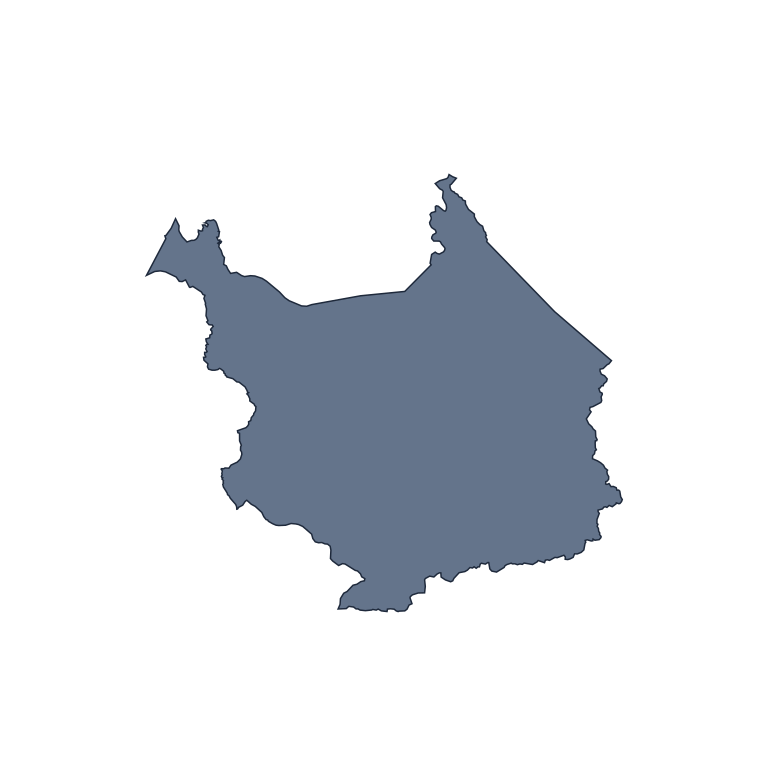 Thma Bang, Kaôh Kong, Cambodia, rotated 126°
{"feature_id": "14789045B69195148792463", "entity_name": "Thma Bang", "entity_type": "district", "adm_level": 2, "iso_a3": "KHM", "parent_name": "Cambodia", "parent_adm1": "Kaôh Kong", "projection": "robinson", "projection_center": [103.537, 11.691], "detail": "fine", "context": "isolated", "style": "filled", "palette": "slate", "viewbox_px": 768, "rotation_deg": 126, "n_neighbors": 0, "source": "geoboundaries", "source_scale": "gbopen_adm2", "svg_char_len": 6171}
<svg xmlns="http://www.w3.org/2000/svg" viewBox="0 0 768 768"><g transform="rotate(126 384 384)"><path d="M593.0,288.9L587.9,282.5L584.6,281.8L582.3,277.5L582.4,274.4L581.2,272.8L581.0,270.5L578.3,265.8L574.1,261.1L573.0,260.6L571.5,257.4L569.5,256.4L569.1,252.8L566.3,247.8L564.1,248.9L562.1,246.7L560.2,243.4L560.4,240.8L559.8,238.8L558.9,238.3L555.3,233.8L552.6,233.0L548.1,233.8L545.3,232.2L541.7,237.3L540.6,237.7L537.9,237.1L533.0,233.5L529.1,228.4L523.5,231.6L518.5,236.1L517.0,236.2L512.6,234.1L510.8,230.2L506.4,229.3L504.1,228.1L503.4,227.0L506.6,224.3L506.4,219.1L504.8,213.8L502.8,212.7L500.2,213.2L492.5,212.3L488.2,208.3L485.5,207.1L482.0,206.6L480.8,204.2L478.9,203.7L478.9,201.1L476.7,200.5L475.8,199.3L473.1,200.3L471.8,199.9L470.1,196.1L467.3,195.0L466.9,194.3L471.4,189.7L472.0,186.8L470.0,182.4L461.8,179.0L460.0,179.3L457.9,178.5L454.2,175.8L454.1,174.5L452.5,172.4L451.8,169.9L449.7,168.3L448.6,166.1L446.5,165.4L442.7,157.7L438.0,155.6L436.2,155.5L434.2,149.1L431.7,149.9L430.2,148.5L429.4,146.4L423.8,143.8L422.7,141.8L416.8,137.8L417.3,135.7L419.3,134.4L418.0,132.1L416.2,130.7L413.1,129.1L409.4,130.0L407.8,127.7L404.3,125.5L400.8,124.8L394.7,127.7L393.5,127.7L392.3,129.3L390.6,128.0L389.2,124.1L388.1,122.9L386.6,123.7L386.4,121.5L383.4,118.4L380.8,118.2L379.7,118.8L379.1,121.1L377.7,121.9L377.0,123.7L374.8,125.7L373.9,127.9L371.7,128.5L371.7,129.7L368.5,132.0L362.1,133.8L361.4,135.8L360.2,136.7L356.6,133.8L354.5,133.8L353.2,132.8L352.8,131.1L349.9,130.5L349.1,127.2L344.4,125.8L343.6,126.2L342.8,123.6L342.0,122.9L339.6,122.7L337.4,123.3L336.2,126.1L332.1,130.3L331.9,131.8L333.0,133.1L331.4,135.2L332.1,138.3L333.6,140.0L332.3,143.4L334.2,144.6L334.6,145.9L332.6,147.2L331.2,146.3L329.0,146.3L326.8,147.8L325.8,150.2L323.8,152.3L322.3,152.5L322.1,155.9L320.7,158.7L320.4,162.4L320.7,166.1L321.9,171.4L319.3,173.1L316.7,172.7L314.1,174.0L312.4,173.5L311.4,175.5L307.9,178.3L305.8,179.6L304.8,178.6L303.7,178.9L302.3,181.6L297.7,185.3L297.4,188.5L296.4,190.7L295.9,195.0L293.3,199.8L284.8,200.1L284.1,202.5L281.8,203.6L279.5,201.7L271.4,197.7L269.5,198.1L266.8,200.8L264.1,201.3L263.2,202.1L263.5,204.6L261.4,207.6L260.3,206.9L257.6,206.9L256.6,205.6L254.8,206.3L251.1,205.5L248.7,206.4L247.7,210.4L248.3,214.0L246.5,216.9L245.0,217.9L242.7,215.8L237.1,214.8L235.5,213.9L231.4,213.7L225.2,288.5L208.5,384.6L206.5,385.4L205.3,388.3L203.5,388.5L203.2,389.6L201.9,390.7L201.3,393.3L198.4,397.0L198.7,400.2L198.0,404.2L195.6,409.2L193.4,410.8L193.1,418.3L190.5,423.8L188.1,425.8L188.8,428.4L187.7,430.6L188.5,433.4L187.3,435.9L187.9,438.9L187.3,440.5L187.9,441.4L187.7,443.8L186.1,446.2L184.1,447.6L182.8,447.0L175.0,446.4L176.0,450.4L176.3,454.5L179.3,453.6L181.0,454.0L186.9,458.5L191.7,460.4L193.3,453.8L192.9,450.6L193.4,449.3L198.9,446.1L202.4,439.1L204.6,437.0L207.2,435.9L208.3,436.1L208.7,437.8L208.3,444.6L209.1,446.4L210.3,446.7L214.2,443.7L217.5,446.3L219.8,446.4L221.4,443.8L222.9,442.7L226.6,442.0L227.9,440.6L229.4,437.5L229.3,432.9L230.5,431.0L231.7,430.8L234.5,432.1L237.1,431.7L238.3,430.9L239.1,427.8L236.0,423.4L235.8,421.9L236.9,419.8L238.0,415.2L238.6,414.2L240.1,413.6L242.1,413.5L246.4,415.6L247.2,417.9L247.2,420.1L251.2,421.6L259.2,417.7L259.9,415.9L296.9,421.6L326.4,454.8L362.2,489.1L366.5,492.2L369.3,496.6L372.4,509.7L372.5,514.9L371.0,522.7L370.6,528.8L369.9,539.6L370.2,544.7L372.5,551.9L374.8,555.6L379.1,560.0L380.0,563.0L380.3,568.9L384.7,573.1L383.0,577.7L381.1,581.0L381.5,584.0L375.5,587.4L374.7,590.2L371.7,594.3L370.1,598.3L368.0,599.3L367.8,601.2L366.2,600.7L366.7,600.2L366.3,599.0L364.4,599.1L364.2,599.4L365.1,600.1L363.9,601.5L364.9,601.8L365.2,602.6L363.6,605.5L362.1,604.3L357.4,606.7L357.9,607.8L356.7,608.0L352.5,613.8L351.4,615.9L351.3,618.3L353.8,620.4L354.8,622.4L357.0,623.5L358.1,623.0L358.9,623.6L358.2,621.8L358.5,619.8L360.5,619.4L360.9,620.1L360.5,622.3L362.1,624.3L363.5,622.1L365.7,621.7L366.6,620.9L367.9,621.9L368.7,624.6L370.3,623.5L371.5,621.8L375.4,620.9L377.6,621.2L379.4,622.1L381.0,624.2L384.9,626.9L383.6,633.6L381.1,639.2L379.9,640.6L376.5,642.8L372.8,649.8L383.1,647.7L391.9,647.7L392.9,648.4L394.7,645.9L435.7,640.0L427.7,635.6L423.9,631.4L421.7,626.7L419.6,615.0L421.3,610.0L419.8,607.5L416.4,605.7L420.0,598.4L419.9,597.7L417.4,596.0L416.9,585.8L418.0,583.1L417.5,581.0L420.6,580.0L423.5,575.8L424.4,575.6L427.6,571.7L433.4,568.1L436.3,563.6L438.0,563.9L438.9,560.4L437.2,557.7L437.8,556.0L441.6,556.4L442.3,555.6L442.1,554.8L444.0,552.9L445.0,552.7L446.7,553.6L449.1,552.2L452.3,554.6L454.2,552.6L455.4,549.7L456.3,550.8L457.6,550.8L458.2,549.4L460.4,548.8L461.8,546.1L462.9,546.4L463.8,547.7L465.6,546.4L466.5,544.4L467.1,544.1L468.5,545.7L470.6,543.6L471.2,538.3L473.9,536.9L475.1,534.6L473.9,531.2L472.2,528.9L470.0,526.9L468.1,526.3L467.8,525.3L467.9,521.2L469.3,519.8L469.1,518.7L470.3,517.3L470.1,516.1L470.7,515.3L468.5,509.4L468.8,504.3L467.7,502.4L468.0,494.7L470.0,490.5L470.8,489.8L470.6,488.5L472.6,489.1L472.9,487.3L474.8,483.9L476.6,482.6L476.6,477.2L477.5,475.9L477.5,474.4L481.3,472.1L484.4,472.0L485.7,471.3L489.2,471.6L491.9,470.3L494.1,471.4L496.1,469.8L498.2,469.6L500.5,470.0L507.9,475.1L509.3,473.6L508.8,471.9L514.9,467.4L517.4,463.4L519.0,463.1L521.9,461.2L522.7,459.3L524.4,457.7L529.1,456.1L533.5,456.8L539.5,460.1L543.3,460.0L545.4,463.3L546.7,463.8L548.1,465.8L548.7,465.6L549.3,463.7L551.9,462.5L552.6,461.5L554.3,461.3L555.0,460.1L554.7,459.3L556.1,459.2L556.6,457.0L557.9,456.6L558.5,455.6L559.9,455.5L561.7,453.4L564.4,446.7L565.5,445.5L565.5,443.7L566.8,441.1L568.6,433.2L569.9,431.1L571.8,429.5L571.2,429.0L569.2,429.1L565.1,427.1L560.7,427.3L558.7,426.7L559.3,420.7L558.7,416.2L559.7,407.4L562.0,403.2L563.0,399.7L562.4,398.2L563.0,396.8L562.5,392.0L561.7,388.4L560.3,385.9L556.1,380.6L551.5,377.2L549.1,373.2L547.9,370.5L547.0,366.0L548.0,354.3L550.9,350.7L552.1,346.8L550.9,343.6L548.8,341.1L548.1,337.9L546.7,335.5L546.9,332.2L549.6,329.3L556.7,324.7L557.4,321.4L557.5,314.0L553.7,312.0L552.5,309.6L551.7,297.7L550.8,295.6L551.4,291.4L553.1,288.7L552.7,285.1L554.7,284.2L557.5,286.6L561.9,288.2L565.0,290.8L573.6,291.9L576.9,293.6L583.2,293.1L588.1,290.0L593.0,288.9Z" fill="#64748b" stroke="#1e293b" stroke-width="1.5"/></g></svg>